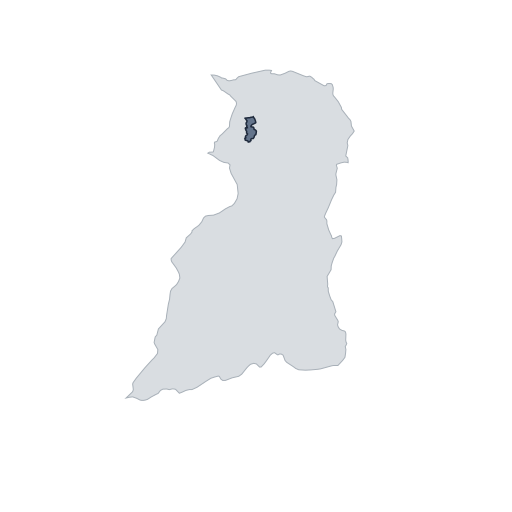 location of Boganda, Lobaye, Central African Republic, rotated 119°
{"feature_id": "33826404B33100016317003", "entity_name": "Boganda", "entity_type": "district", "adm_level": 2, "iso_a3": "CAF", "parent_name": "Central African Republic", "parent_adm1": "Lobaye", "projection": "mercator", "projection_center": [17.223, 4.309], "detail": "fine", "context": "in_parent", "style": "filled", "palette": "slate", "viewbox_px": 512, "rotation_deg": 119, "n_neighbors": 0, "source": "geoboundaries", "source_scale": "gbopen_adm2", "svg_char_len": 5697}
<svg xmlns="http://www.w3.org/2000/svg" viewBox="0 0 512 512"><g transform="rotate(119 256 256)"><path d="M346.4,196.6L350.6,197.7L351.4,199.0L350.2,203.3L351.0,206.0L353.4,208.3L355.8,209.2L358.1,209.8L366.3,211.2L369.6,212.8L374.1,217.8L379.6,222.4L381.0,224.8L380.7,227.0L379.1,229.7L379.3,230.8L381.9,233.5L384.8,236.2L390.2,239.2L399.5,244.0L403.8,247.2L405.2,249.6L407.6,252.2L410.9,254.6L413.2,256.5L411.6,261.7L412.1,263.4L412.9,264.9L414.9,267.0L415.6,269.6L417.6,272.9L419.9,274.4L423.7,275.0L425.7,276.5L429.9,279.2L434.0,281.4L435.7,283.0L436.8,284.4L437.7,286.0L438.2,287.6L438.3,291.2L439.0,295.6L441.2,298.6L443.2,300.8L434.9,298.2L433.7,298.2L432.2,298.6L427.8,301.8L426.4,302.1L421.0,301.5L407.7,299.0L397.5,296.6L394.5,295.7L389.0,294.9L385.4,296.5L382.0,302.1L381.0,303.2L375.7,304.9L373.2,304.4L367.1,306.0L357.6,303.7L354.2,304.1L351.6,305.3L344.7,307.8L340.6,309.3L335.8,310.6L331.2,312.6L328.2,313.7L325.2,313.7L322.4,312.6L319.5,311.6L315.9,311.4L312.2,311.9L309.1,314.2L307.8,315.8L305.1,320.0L301.9,326.9L300.6,328.3L299.4,329.0L284.6,325.6L278.2,324.8L273.9,325.8L268.5,323.9L266.1,323.6L265.0,324.2L262.0,323.3L257.1,320.9L252.4,320.0L248.2,320.3L245.6,319.5L243.6,317.2L240.9,313.0L236.1,308.9L229.6,305.6L225.6,303.0L223.9,301.4L220.5,300.4L215.1,300.3L210.0,301.9L202.6,307.1L195.8,317.8L192.0,321.8L188.9,322.9L188.2,325.5L189.7,329.5L190.1,334.2L189.0,342.2L189.4,348.0L187.8,347.1L186.2,344.4L185.5,343.8L181.0,345.0L178.6,346.1L177.4,347.2L176.4,347.4L175.0,345.9L173.9,345.6L172.1,345.9L170.3,345.9L169.1,345.7L168.3,345.8L166.2,344.9L158.4,342.7L157.1,342.0L155.6,342.0L151.5,344.0L149.4,344.5L143.0,345.7L136.1,346.3L133.5,346.4L131.7,347.2L130.5,348.4L128.4,355.8L127.8,357.1L127.9,358.9L127.3,364.8L127.6,366.7L119.4,382.9L118.0,380.2L117.1,377.0L116.8,373.4L117.0,372.4L116.5,371.4L115.8,368.4L116.4,366.5L115.9,364.5L114.3,362.5L112.8,361.0L112.0,359.6L111.3,359.1L109.7,358.8L107.6,358.1L98.4,348.6L88.9,337.9L87.0,334.4L86.2,332.4L88.5,332.2L89.1,331.8L89.1,330.9L87.7,328.2L87.0,324.7L85.9,322.5L82.1,319.2L78.6,316.8L77.4,315.5L76.8,313.6L75.4,302.1L74.8,298.8L73.7,297.3L72.9,296.7L72.6,295.8L72.7,293.8L73.2,291.9L73.2,291.2L74.1,289.6L74.1,278.9L73.0,277.4L70.9,277.4L69.7,275.8L68.8,273.8L69.1,272.4L71.1,270.3L72.5,269.4L76.5,267.7L77.7,266.8L78.4,265.8L78.9,264.3L81.2,258.8L84.7,253.3L86.2,252.2L89.7,244.0L90.6,242.0L91.2,239.9L92.3,238.2L96.1,235.5L99.1,230.7L102.2,230.9L105.4,231.7L109.6,232.1L112.8,231.1L114.9,229.2L125.0,226.0L125.7,223.4L127.3,222.1L129.2,220.9L129.8,220.7L129.9,221.6L131.1,224.3L133.4,226.9L136.7,229.9L137.7,229.7L139.8,227.5L145.0,226.1L146.3,225.5L150.1,222.2L154.5,220.1L157.1,219.4L161.7,217.3L164.9,217.5L170.1,217.2L178.7,216.2L184.9,215.8L188.1,215.4L188.9,215.0L190.1,211.9L191.0,211.0L193.4,209.7L198.0,205.0L201.0,201.0L201.9,199.6L202.5,199.3L203.8,197.6L202.5,195.9L197.4,192.4L197.4,191.9L197.1,191.3L197.4,190.8L199.4,189.4L202.0,187.7L204.9,187.1L212.2,187.3L218.5,186.9L220.0,187.0L224.8,186.2L228.2,185.4L231.6,183.7L239.4,183.9L245.9,179.6L247.8,178.8L248.6,178.1L248.8,177.4L251.8,175.7L255.2,172.2L257.9,169.0L258.7,166.7L266.0,159.1L268.6,159.2L269.8,158.3L272.7,153.2L273.6,152.2L276.7,151.3L278.1,149.8L279.3,147.6L279.4,144.8L278.8,142.6L278.8,141.5L279.5,140.5L280.7,139.5L286.2,136.7L287.7,135.4L288.5,134.2L290.1,134.0L291.8,134.1L292.8,133.3L294.1,132.1L297.9,130.4L301.5,129.1L305.3,129.6L312.1,131.3L314.1,135.0L315.1,136.3L323.5,144.9L325.1,147.0L329.3,153.2L331.9,157.4L334.8,163.5L335.1,166.8L334.7,169.6L334.1,177.6L333.3,179.9L329.6,184.2L329.5,186.2L330.2,187.8L331.4,188.5L332.0,189.3L331.6,193.0L333.0,194.4L335.7,195.4L342.7,196.1L346.4,196.6Z" fill="#d9dde1" stroke="#a8b0b8" stroke-width="1"/><path d="M160.1,318.0L159.9,317.7L159.3,317.1L159.1,316.8L158.7,316.9L158.2,316.7L157.6,316.4L157.4,316.4L157.3,316.6L157.1,316.8L156.8,316.9L156.4,317.0L156.2,317.0L155.8,317.0L155.5,316.8L155.3,316.5L155.0,316.1L154.8,315.7L154.6,315.4L154.0,315.3L153.5,315.3L152.7,315.3L152.4,315.4L152.0,315.5L151.5,315.7L151.1,315.6L150.8,315.5L150.5,315.4L150.3,315.2L150.1,315.0L149.7,315.0L149.4,315.1L149.1,315.3L148.8,315.4L148.6,315.4L148.3,315.4L147.6,315.8L147.3,316.0L147.0,316.0L146.6,316.2L146.4,316.6L146.2,317.0L146.1,317.5L146.1,317.8L146.1,318.2L146.1,318.5L146.2,319.0L145.8,319.4L145.4,319.6L145.1,319.9L144.9,320.2L144.7,320.4L144.6,320.8L144.8,321.1L144.9,321.4L145.0,322.0L145.1,322.3L145.2,322.5L145.3,322.8L145.4,323.0L145.2,323.3L144.9,323.4L144.4,323.4L143.8,323.3L143.1,323.2L142.5,322.9L142.0,322.5L141.7,322.1L140.5,321.5L139.9,320.9L139.3,320.9L138.2,321.9L137.3,322.9L136.6,323.8L136.2,324.6L136.2,324.8L136.1,325.1L135.8,325.5L135.5,325.9L135.7,326.0L136.4,326.6L137.3,327.9L138.1,328.5L138.7,329.6L140.2,331.6L140.9,332.9L140.9,332.4L141.0,332.0L141.2,331.4L141.4,331.0L141.6,330.7L141.8,330.2L142.0,329.6L142.2,329.3L142.7,329.2L143.1,329.1L143.7,329.0L144.1,329.1L144.6,329.1L145.6,328.4L146.0,328.1L146.1,327.7L146.2,327.3L146.6,327.1L146.8,326.9L147.2,326.9L147.3,326.8L147.5,326.5L147.7,326.2L148.0,325.8L148.2,326.0L148.4,326.2L148.7,326.6L148.7,327.0L149.1,327.3L149.4,327.3L149.9,326.9L150.1,326.7L150.1,326.3L150.5,326.0L151.0,325.7L151.2,325.3L151.4,324.7L152.0,324.3L152.6,324.1L153.0,323.9L153.1,323.5L153.2,323.0L153.3,322.6L153.7,322.5L154.1,322.5L154.7,322.6L155.1,322.9L155.5,323.1L156.2,323.2L156.7,323.1L157.0,322.8L157.3,322.5L157.5,322.3L157.6,322.2L157.8,322.3L157.9,322.5L158.0,322.7L158.2,322.8L158.4,322.8L158.4,322.7L158.7,322.5L158.8,322.3L159.0,322.2L159.5,322.0L159.7,321.9L159.8,321.7L159.8,321.4L159.8,321.0L159.4,319.6L159.4,319.1L159.6,318.4L159.9,318.2L160.1,318.0Z" fill="#64748b" stroke="#1e293b" stroke-width="1.5"/></g></svg>